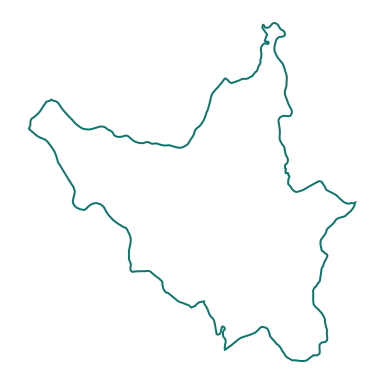 the district of Mueang Yala, Yala, Thailand
{"feature_id": "78962969B27848698436248", "entity_name": "Mueang Yala", "entity_type": "district", "adm_level": 2, "iso_a3": "THA", "parent_name": "Thailand", "parent_adm1": "Yala", "projection": "natural_earth1", "projection_center": [101.257, 6.565], "detail": "fine", "context": "isolated", "style": "outline", "palette": "teal", "viewbox_px": 384, "rotation_deg": 0, "n_neighbors": 0, "source": "geoboundaries", "source_scale": "gbopen_adm2", "svg_char_len": 5949}
<svg xmlns="http://www.w3.org/2000/svg" viewBox="0 0 384 384"><path d="M46.3,101.7L44.6,104.4L43.1,106.4L40.8,110.2L38.5,113.2L34.3,117.0L32.3,118.2L31.4,119.0L30.6,120.7L30.4,122.0L30.4,125.2L28.9,128.6L29.7,129.5L29.8,129.9L30.8,130.5L36.3,135.3L38.1,136.5L41.1,138.0L44.2,139.2L45.8,140.1L47.6,141.8L50.8,146.0L53.2,149.4L54.5,151.6L55.7,154.5L57.3,159.5L58.0,162.4L59.7,164.8L69.8,181.4L73.5,187.1L74.8,191.1L74.5,194.2L73.4,197.9L72.8,201.7L73.4,204.0L74.8,206.0L76.6,207.7L80.1,209.2L84.0,210.0L86.0,209.0L87.9,206.8L90.6,204.8L92.4,203.8L94.6,203.2L96.4,203.1L98.8,203.7L101.0,204.6L103.7,206.9L106.0,211.1L107.3,213.3L108.6,215.1L112.9,219.8L116.9,223.0L122.0,226.2L124.1,227.3L126.2,228.0L127.2,229.8L129.9,235.4L130.7,238.3L130.7,241.7L129.0,250.6L128.9,255.7L129.1,259.7L130.4,262.7L130.9,264.8L130.4,268.2L130.6,270.3L132.2,271.8L133.1,271.9L133.8,271.5L141.2,271.2L145.1,271.2L148.2,270.9L150.2,271.4L155.0,275.6L159.7,279.1L162.3,281.7L162.4,283.9L162.7,286.3L163.5,289.2L165.8,292.4L168.1,293.0L175.8,299.3L177.6,300.8L179.7,302.1L182.0,302.7L188.9,305.4L191.3,307.5L195.5,305.8L196.0,304.7L199.3,302.2L204.1,301.4L204.1,302.9L204.3,303.7L206.3,306.9L207.9,310.0L208.2,311.1L209.3,314.0L210.8,316.4L213.2,319.0L214.0,320.4L214.5,322.3L216.4,332.6L216.5,333.8L216.7,334.2L217.7,334.6L218.4,334.5L219.9,333.9L220.5,333.0L221.7,327.7L222.1,326.8L222.4,326.5L223.0,326.5L223.9,327.0L224.8,328.3L224.8,329.3L224.0,330.1L223.4,331.1L223.0,332.4L223.1,335.8L223.4,336.6L224.2,337.9L225.3,339.1L225.7,341.1L225.6,342.8L225.0,344.9L224.7,347.4L224.9,349.6L225.9,349.1L231.5,345.1L239.2,338.8L241.4,337.6L251.1,334.4L254.2,333.1L256.3,331.8L258.5,329.7L260.0,327.9L262.0,326.8L264.9,327.4L267.2,328.5L268.2,330.0L269.4,333.4L270.3,336.7L275.0,341.8L276.2,343.6L278.3,345.0L280.5,347.6L282.8,351.7L284.0,353.2L285.6,356.0L286.8,357.2L292.4,360.4L294.4,360.2L300.7,361.0L303.8,361.0L306.5,360.5L308.3,359.2L309.9,357.7L311.6,356.7L313.4,355.2L315.5,355.4L317.7,355.1L319.5,353.7L319.8,351.3L319.4,346.7L319.7,344.4L321.5,342.7L323.6,342.2L325.5,341.9L327.1,340.3L327.3,338.2L326.9,334.6L326.8,332.2L327.2,330.4L326.1,327.0L325.0,322.1L324.9,319.3L323.9,316.8L321.7,313.1L318.6,309.8L315.3,306.6L313.7,304.6L313.2,300.8L313.2,292.7L313.0,291.5L313.3,290.2L313.9,288.8L314.8,287.2L315.6,286.9L316.3,286.3L316.9,284.8L319.1,282.0L319.9,280.8L321.6,268.5L322.2,267.2L322.9,266.7L323.2,266.1L323.4,264.9L324.0,263.0L326.4,258.4L327.2,256.6L327.4,255.7L327.2,254.8L326.6,254.1L325.0,253.3L323.6,251.8L322.0,250.9L321.6,249.9L320.5,244.8L320.5,241.6L320.8,240.1L321.5,239.0L325.3,233.9L326.1,232.2L326.8,229.6L327.2,229.0L328.2,228.0L329.9,226.6L333.7,223.0L335.0,221.3L336.0,219.6L337.6,218.5L341.0,217.3L343.0,216.9L345.3,216.0L348.8,212.6L350.8,211.0L352.7,208.7L354.2,206.2L355.1,202.6L354.1,203.2L353.0,203.2L351.4,203.0L350.6,203.1L349.3,203.6L347.9,203.6L346.4,203.3L343.6,201.9L339.7,198.5L336.5,195.3L334.2,193.9L328.4,191.0L326.2,189.7L325.0,187.1L322.7,183.3L321.6,181.8L320.6,181.4L318.9,181.2L310.1,185.9L303.4,189.9L297.4,191.9L295.8,191.9L294.1,191.0L292.3,189.4L290.3,186.3L288.3,184.1L288.2,183.3L288.3,179.8L288.8,178.1L289.2,177.3L289.4,176.5L288.9,175.4L288.3,174.8L288.2,174.4L288.2,173.5L288.0,173.2L287.0,172.8L285.9,173.2L285.6,173.1L285.8,172.1L285.4,171.0L286.1,169.2L285.4,168.8L285.1,168.3L284.9,165.5L285.2,164.8L286.4,163.9L287.0,163.3L287.5,162.3L287.9,160.7L287.8,159.1L287.1,157.0L285.8,155.1L284.7,150.0L284.7,148.6L284.2,147.0L283.8,146.3L282.4,144.7L280.5,141.3L279.7,139.3L279.6,137.0L279.9,132.8L279.8,130.4L279.5,127.4L278.5,121.4L278.5,120.5L278.9,119.2L279.8,117.7L280.5,117.0L282.4,116.1L284.9,115.8L288.4,116.3L289.2,116.2L290.3,115.8L291.1,114.7L291.7,113.3L291.9,112.3L291.8,111.3L291.4,109.5L288.6,104.4L285.1,94.9L284.9,93.8L284.8,92.7L285.0,90.4L286.0,87.8L286.3,86.7L286.4,85.6L286.8,78.0L286.8,76.7L286.3,74.3L285.1,70.9L284.9,69.8L283.3,65.0L282.4,63.3L278.7,58.9L277.8,57.8L275.8,54.1L274.6,51.1L274.4,49.2L274.4,47.7L274.7,45.7L275.9,40.8L276.7,39.2L277.7,38.0L279.1,37.2L283.7,36.3L284.5,35.7L284.9,34.6L284.7,32.6L284.4,31.9L283.2,30.6L281.1,29.5L280.1,28.6L278.7,26.0L278.0,24.9L277.2,24.2L276.3,23.6L274.8,23.1L274.0,23.0L273.2,23.2L272.0,24.0L269.5,27.0L268.8,27.4L266.6,27.8L265.6,27.7L265.3,27.6L263.6,24.9L263.0,24.9L262.7,25.6L262.3,27.1L262.5,28.0L267.2,34.7L266.3,36.4L264.8,40.6L264.8,40.9L266.3,41.7L268.1,41.7L268.6,42.5L268.6,43.3L268.3,43.7L267.7,44.0L265.3,43.4L264.1,43.6L263.6,43.9L262.5,45.0L261.3,46.6L261.1,48.4L260.7,49.6L261.0,50.7L261.0,51.7L261.3,52.7L261.5,54.5L261.3,55.6L261.3,56.8L260.9,58.3L260.4,59.7L260.4,60.8L260.6,62.3L259.8,64.3L258.5,66.4L257.5,69.7L256.6,71.4L255.6,71.9L255.1,72.3L254.6,73.2L253.4,74.3L253.0,75.5L247.8,78.4L246.5,78.8L245.2,78.9L243.2,78.8L242.0,79.1L238.7,80.6L232.1,82.9L230.9,82.9L230.1,82.5L229.0,81.6L227.2,79.6L226.2,78.8L225.8,78.6L225.1,78.5L224.5,78.9L221.6,82.8L217.9,87.3L216.6,88.5L212.6,93.2L212.0,94.3L211.0,97.1L209.8,102.5L208.0,109.1L207.1,111.3L206.6,112.0L205.7,115.3L205.1,116.4L204.9,117.5L203.9,119.9L201.2,124.2L199.2,126.5L198.2,127.1L196.2,128.9L195.0,130.3L194.7,131.2L193.9,134.4L192.2,137.3L190.2,140.2L189.6,141.4L188.0,143.8L187.1,144.7L185.0,146.1L183.2,147.0L181.7,147.5L180.4,147.7L177.6,147.6L176.2,147.3L170.6,145.5L168.6,145.2L165.8,145.5L163.5,145.4L160.4,144.7L156.9,143.5L155.7,143.4L152.0,143.8L147.8,142.0L147.1,142.0L142.8,143.1L140.2,143.1L138.3,142.7L135.5,141.9L133.4,140.7L128.4,136.4L127.7,136.0L126.6,135.6L125.6,135.6L121.2,136.8L118.8,136.9L117.0,136.7L115.6,136.2L114.9,135.8L114.1,135.1L112.8,132.8L111.7,131.3L107.5,129.3L106.3,128.2L104.9,127.2L103.7,126.8L102.6,126.6L100.1,126.5L94.0,128.4L91.0,129.2L89.0,129.5L87.3,129.4L85.2,129.2L83.3,128.8L81.3,127.9L78.5,126.0L75.1,123.2L72.3,119.9L68.5,116.1L63.7,110.7L61.7,108.2L58.4,103.2L57.8,102.6L56.9,102.0L55.8,101.2L54.8,101.1L52.2,100.3L51.4,99.6L50.8,100.2L48.9,101.0L46.3,101.7Z" fill="none" stroke="#0f766e" stroke-width="2"/></svg>